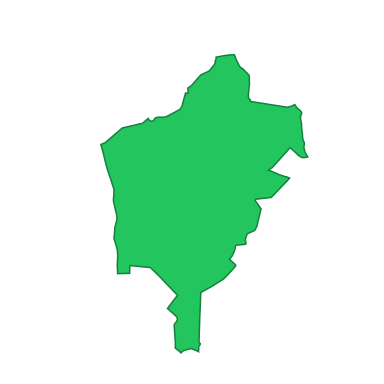 outline of 6e Arrondissement, Analamanga, Madagascar, rotated 37°
{"feature_id": "10022922B53755400100934", "entity_name": "6e Arrondissement", "entity_type": "district", "adm_level": 2, "iso_a3": "MDG", "parent_name": "Madagascar", "parent_adm1": "Analamanga", "projection": "orthographic", "projection_center": [47.5, -18.868], "detail": "fine", "context": "isolated", "style": "filled", "palette": "green", "viewbox_px": 384, "rotation_deg": 37, "n_neighbors": 0, "source": "geoboundaries", "source_scale": "gbopen_adm2", "svg_char_len": 4978}
<svg xmlns="http://www.w3.org/2000/svg" viewBox="0 0 384 384"><g transform="rotate(37 192 192)"><path d="M293.4,315.6L290.4,311.3L290.3,310.9L290.3,310.5L290.2,310.1L290.2,309.7L290.3,309.3L290.4,309.1L290.0,308.4L289.8,308.1L289.5,308.1L289.3,308.1L288.9,308.1L288.4,307.9L287.8,307.5L287.6,307.3L287.5,307.1L286.9,306.2L285.8,304.6L285.5,304.2L284.3,302.5L282.6,300.1L282.4,299.8L281.3,298.2L280.2,296.7L279.2,295.3L278.4,294.1L276.4,291.3L274.4,288.5L272.3,285.5L270.4,282.7L267.3,278.2L265.4,275.4L264.7,274.5L261.2,269.4L259.5,266.9L259.8,266.4L259.9,266.2L261.1,263.3L262.8,259.6L264.0,257.0L264.9,254.8L265.8,252.4L267.2,248.7L268.7,245.0L269.7,242.2L270.1,238.5L270.6,234.4L270.7,232.8L270.8,232.2L271.1,229.8L271.1,227.5L271.3,226.3L271.4,225.1L271.2,224.4L270.9,224.1L269.2,223.8L267.5,223.7L266.0,223.5L264.0,223.3L263.0,223.3L262.8,223.3L262.4,223.3L262.2,223.3L262.5,222.4L262.6,221.5L262.6,220.4L262.6,219.6L262.5,218.8L262.2,217.2L261.8,215.0L261.4,213.7L260.9,212.2L260.6,211.5L260.0,210.5L259.6,209.7L259.3,209.2L259.2,208.8L259.2,208.4L259.3,208.1L259.6,207.7L260.1,207.2L261.5,205.9L263.9,203.7L264.3,203.4L265.0,202.7L265.9,201.8L266.3,201.4L266.4,201.1L266.3,200.9L266.2,200.7L265.4,199.9L264.6,199.2L263.8,198.4L263.3,197.7L262.9,197.0L262.4,195.8L262.2,195.3L262.2,194.9L261.6,193.3L261.3,192.3L265.2,185.0L264.9,183.0L264.6,180.8L257.3,163.9L247.6,160.8L247.2,159.6L247.6,159.1L258.6,148.6L261.5,123.8L261.5,123.3L261.6,122.1L258.6,122.9L257.3,123.6L251.0,125.7L246.0,126.9L241.0,128.1L239.8,128.7L241.4,124.2L243.7,97.5L252.9,98.4L253.1,98.5L253.7,98.6L254.3,98.7L255.5,98.7L256.7,98.6L257.6,98.5L258.4,98.4L259.0,98.2L259.6,97.9L260.1,97.7L260.4,97.5L260.8,97.1L261.4,96.5L262.0,95.9L262.5,95.4L262.7,95.2L263.4,94.3L261.6,93.6L259.5,92.7L257.7,91.8L256.9,91.1L255.8,90.1L254.7,89.1L253.9,88.2L253.6,87.5L252.9,86.2L252.3,85.3L251.5,84.7L250.1,84.0L249.0,83.3L247.9,82.3L246.4,80.6L245.8,79.8L244.8,78.7L243.1,77.1L241.2,75.1L239.8,73.3L238.3,71.5L237.8,71.0L237.1,70.3L236.1,69.6L235.0,68.6L234.1,67.6L233.4,66.7L233.0,65.6L232.7,64.3L232.4,63.4L231.9,62.7L231.2,62.3L230.4,62.0L229.5,61.8L228.6,61.7L227.4,61.7L226.1,61.6L225.3,61.6L225.1,61.6L224.4,61.4L223.7,61.2L221.5,60.3L221.2,60.8L221.0,61.0L220.9,61.7L220.7,62.1L220.4,62.6L220.1,63.1L219.8,63.5L217.2,66.9L184.2,84.5L183.2,83.4L182.0,83.3L181.0,83.1L179.9,82.3L178.9,80.9L177.8,79.3L175.4,75.4L174.6,74.3L173.4,71.7L171.2,69.2L170.5,68.2L169.5,66.9L168.5,65.6L168.1,65.0L167.4,64.6L165.0,63.9L161.8,63.6L160.0,63.2L158.0,63.0L156.2,63.4L153.9,62.8L151.4,61.5L148.6,60.3L147.3,59.5L145.2,58.0L144.0,57.4L143.5,57.1L143.2,57.0L143.0,56.9L142.2,57.7L141.1,58.6L140.3,59.2L139.1,60.4L137.7,61.7L136.0,63.4L135.2,64.2L133.7,65.8L132.6,67.1L131.2,68.6L130.4,69.4L130.1,69.8L130.5,70.5L131.5,71.8L131.7,73.8L132.6,74.2L133.2,76.6L132.9,84.5L132.9,85.0L128.6,93.1L127.5,107.1L127.2,108.0L126.9,109.5L126.5,110.4L126.1,111.3L126.4,111.8L126.8,112.4L127.4,113.1L128.0,113.8L129.0,114.9L129.4,115.5L128.0,116.5L127.3,116.8L129.0,121.3L130.7,125.6L132.4,129.4L132.4,129.5L132.7,133.1L129.4,140.4L126.5,146.6L124.8,148.8L122.7,150.6L120.4,152.2L119.2,153.5L118.2,154.8L118.1,156.2L118.0,156.7L118.5,157.4L118.3,158.0L118.2,158.3L118.0,158.7L117.8,159.0L117.6,159.2L117.3,159.5L117.0,159.8L116.7,160.0L116.3,160.2L116.0,160.3L115.6,160.4L115.3,160.5L114.9,160.5L114.6,160.3L114.1,160.2L113.4,159.8L112.8,159.5L112.2,162.1L111.6,164.7L111.5,165.4L111.4,166.1L111.3,166.6L97.8,182.8L93.0,204.8L90.6,208.9L94.5,211.8L99.5,215.8L105.9,221.1L111.7,225.5L116.4,228.7L118.9,230.3L124.1,234.1L128.0,236.8L130.9,240.7L133.4,244.8L134.8,246.6L137.4,248.8L139.9,250.9L145.2,255.3L148.1,258.3L149.6,261.4L150.5,263.8L151.7,266.7L155.8,273.0L157.5,276.0L163.4,280.2L164.6,281.1L167.7,283.7L170.5,287.0L173.0,290.5L176.3,295.4L179.9,299.7L181.7,302.0L183.2,300.8L191.2,294.5L186.5,288.1L188.6,287.0L204.2,277.4L215.4,278.8L216.1,278.9L242.6,283.3L242.8,283.3L242.6,284.8L242.5,286.3L242.5,288.3L242.5,291.0L242.5,294.2L242.5,296.5L242.5,297.7L242.6,299.0L242.5,299.8L244.3,299.9L245.4,300.0L246.2,300.1L246.5,300.2L247.6,300.2L249.3,300.3L250.7,300.4L251.3,300.5L251.9,300.6L253.0,300.7L254.2,300.8L255.4,301.1L255.8,301.4L256.4,301.9L256.8,302.3L257.1,302.8L257.3,303.3L257.5,303.9L257.6,304.9L257.6,305.9L257.5,307.4L257.5,308.2L257.9,309.0L258.3,309.6L258.9,310.3L259.5,311.0L260.4,312.0L261.4,313.1L262.1,313.9L262.9,314.9L263.6,315.7L264.6,316.8L265.6,318.0L266.7,319.3L267.4,320.1L268.1,320.7L268.7,321.5L269.6,322.7L270.3,323.6L270.9,324.4L271.5,325.2L272.0,326.0L272.5,326.7L272.9,326.7L273.8,326.7L274.9,326.8L276.1,326.7L276.9,326.7L277.3,326.9L277.5,326.9L278.0,326.9L278.9,327.0L279.7,327.1L280.1,327.1L280.2,326.5L280.2,326.1L280.3,325.3L280.6,324.3L281.1,323.3L281.6,322.5L283.7,319.9L284.1,319.4L284.2,319.2L284.3,319.1L284.6,318.7L284.8,318.4L285.0,318.2L285.2,317.9L285.4,317.7L287.4,317.0L289.4,316.5L291.9,315.8L293.3,315.6L293.4,315.6Z" fill="#22c55e" stroke="#15803d" stroke-width="1.5"/></g></svg>